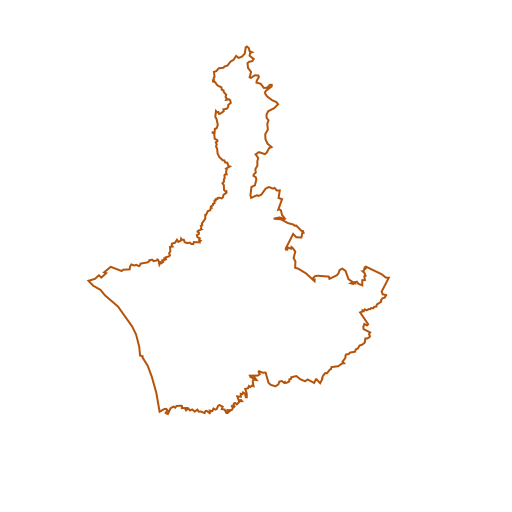 outline of Whanganui District, Manawatu-Wanganui, New Zealand, rotated 27°
{"feature_id": "76426892B60533113586032", "entity_name": "Whanganui District", "entity_type": "district", "adm_level": 2, "iso_a3": "NZL", "parent_name": "New Zealand", "parent_adm1": "Manawatu-Wanganui", "projection": "robinson", "projection_center": [175.119, -39.636], "detail": "fine", "context": "isolated", "style": "outline", "palette": "amber", "viewbox_px": 512, "rotation_deg": 27, "n_neighbors": 0, "source": "geoboundaries", "source_scale": "gbopen_adm2", "svg_char_len": 6136}
<svg xmlns="http://www.w3.org/2000/svg" viewBox="0 0 512 512"><g transform="rotate(27 256 256)"><path d="M158.6,151.8L162.5,156.6L162.9,160.2L161.6,161.3L163.2,165.1L161.3,165.4L161.4,165.9L163.0,165.7L166.0,170.3L168.8,170.3L169.5,171.2L168.6,172.9L170.4,174.5L170.6,176.5L172.8,178.2L175.2,182.1L178.4,184.5L182.9,185.8L184.4,185.2L186.1,186.7L188.0,185.9L190.6,188.3L192.0,188.1L189.6,191.8L190.6,192.2L191.2,194.8L192.8,196.6L191.5,197.2L191.2,198.4L192.8,200.9L192.5,202.3L193.7,204.3L193.1,206.4L195.1,207.4L197.5,211.6L199.6,212.3L200.2,211.7L201.0,213.1L199.2,216.3L199.9,218.5L199.3,220.2L196.6,220.8L195.5,221.7L195.8,222.6L194.3,223.6L194.9,224.9L193.9,225.5L195.1,227.8L194.0,228.9L194.6,230.1L193.5,232.0L194.4,233.1L193.6,233.2L194.5,236.0L192.7,237.9L192.8,241.9L192.1,242.4L193.9,245.9L193.0,251.6L194.0,252.8L193.2,254.2L194.2,254.9L194.6,257.1L195.3,257.1L193.0,259.8L192.9,260.9L194.5,261.1L195.1,262.2L193.8,264.3L195.3,265.8L197.9,265.8L198.0,267.6L199.7,267.6L199.1,269.0L199.6,269.5L194.3,271.8L194.7,273.8L192.9,274.7L191.1,274.1L188.6,275.8L186.2,276.1L184.3,274.3L182.7,275.2L181.5,274.6L182.1,276.3L180.4,278.7L178.2,277.4L177.9,280.9L175.5,283.1L176.2,285.1L177.3,285.5L175.3,286.9L177.5,290.6L177.4,293.1L179.0,294.4L178.8,295.6L176.0,298.4L177.1,299.6L175.6,300.0L176.4,300.9L174.5,302.4L176.0,303.3L174.9,305.6L173.7,305.6L173.8,307.5L172.9,306.5L173.2,305.1L172.5,305.5L170.7,304.0L169.9,303.9L170.1,304.6L167.0,307.1L165.2,306.4L162.9,308.2L163.3,309.1L162.3,310.9L156.6,315.2L156.9,317.0L156.3,318.2L153.4,318.2L151.7,319.8L148.8,320.1L148.6,322.6L149.5,325.3L143.9,328.5L143.1,330.4L131.5,331.6L128.1,339.5L130.3,339.3L128.0,345.4L124.8,344.5L122.8,349.6L118.0,354.1L124.5,356.4L132.9,356.8L139.2,359.6L156.0,363.7L177.6,375.0L184.8,380.4L193.1,389.8L197.9,397.3L201.2,396.6L200.5,397.2L200.9,397.9L209.1,402.8L217.9,410.8L229.4,423.3L240.8,438.5L243.7,434.1L245.4,432.9L247.1,433.7L246.8,436.8L249.2,436.8L249.0,430.4L250.9,427.6L252.9,427.8L253.3,425.7L257.4,423.3L258.2,423.4L259.0,425.2L262.9,423.1L262.9,424.8L263.7,425.3L264.8,422.6L267.3,423.6L268.8,421.7L272.1,422.4L273.5,419.5L275.6,420.7L277.4,419.6L281.5,419.3L281.3,417.2L282.3,416.4L286.1,417.1L286.3,416.2L285.0,414.8L287.5,413.9L287.4,411.2L289.5,411.3L290.4,410.4L290.3,406.6L291.1,405.4L294.7,405.4L295.0,407.9L297.9,407.1L300.7,409.3L301.9,408.9L302.8,406.6L300.8,407.0L300.5,406.3L304.2,404.4L304.5,402.9L304.2,401.8L301.9,400.3L304.8,400.8L305.2,399.9L303.3,398.2L303.4,397.2L304.2,396.4L306.3,396.9L307.6,392.6L309.4,391.7L308.2,391.1L306.1,392.4L303.0,389.6L306.4,388.3L305.0,385.7L306.6,385.3L306.4,383.4L308.9,383.7L311.1,386.5L311.9,386.1L310.1,382.6L306.7,379.4L308.9,377.5L308.7,375.1L310.4,375.4L311.2,373.3L312.9,373.1L310.0,369.3L309.8,367.3L312.8,366.3L309.6,364.7L309.1,365.0L309.8,366.0L309.1,366.3L306.0,366.3L304.9,365.4L311.9,361.7L313.0,359.5L310.9,358.1L311.0,357.3L315.1,356.9L317.5,355.5L324.6,363.2L327.4,364.1L332.5,363.3L334.2,360.3L333.8,357.3L335.8,355.7L338.1,356.1L338.9,355.3L339.3,356.1L341.1,354.8L342.6,352.6L341.7,350.8L343.0,349.5L342.5,348.0L346.4,344.7L351.6,345.7L356.6,345.3L358.1,342.6L365.4,342.7L365.4,338.6L366.0,338.4L370.9,340.2L370.9,335.1L370.3,334.8L370.1,332.2L370.9,328.8L372.4,328.4L373.4,323.7L374.2,322.7L373.7,320.7L379.3,316.9L381.5,312.6L383.1,311.6L381.1,310.8L381.9,306.1L380.9,304.0L381.1,302.6L383.1,301.4L383.6,299.4L387.7,296.3L387.3,293.9L388.8,292.1L388.9,288.8L391.0,286.6L392.2,283.8L390.9,279.8L392.3,279.2L394.0,276.8L393.9,275.7L392.2,274.4L392.4,272.3L385.1,272.3L383.8,270.5L383.4,267.4L386.4,267.5L386.9,265.9L374.4,259.0L376.0,257.2L375.6,256.1L377.1,256.2L377.1,254.2L379.2,254.2L380.8,251.9L382.0,251.4L382.2,250.2L384.3,249.2L384.4,247.6L386.2,246.4L385.7,244.3L388.3,240.0L387.5,238.6L387.9,236.2L389.5,234.9L389.7,232.2L390.5,231.5L386.3,232.6L384.1,230.7L384.2,215.1L381.4,216.3L376.3,215.2L358.7,215.6L358.3,216.3L359.5,216.6L359.2,217.8L358.3,218.0L358.9,220.6L358.0,221.2L360.4,221.9L362.6,223.8L361.7,224.8L363.9,228.0L361.7,229.3L364.0,233.9L359.6,234.3L357.7,233.1L355.9,234.4L356.6,235.2L355.0,235.3L354.8,236.2L355.6,235.9L355.6,236.7L352.8,237.3L353.6,236.3L353.2,235.2L349.0,234.7L342.5,228.6L338.6,228.1L336.9,230.6L337.4,234.0L336.7,236.6L331.8,243.0L330.2,241.3L319.5,245.8L317.7,247.3L316.7,250.5L317.7,251.3L319.0,250.4L319.6,251.9L308.5,248.8L299.5,248.1L296.2,248.7L293.6,243.0L290.4,240.7L289.0,234.2L285.0,232.2L283.5,231.9L283.9,233.6L280.4,234.0L281.0,236.2L279.8,236.7L279.1,235.9L279.1,219.5L283.4,221.0L288.1,218.9L286.8,214.6L287.9,213.8L286.5,212.4L285.3,213.0L277.8,210.6L276.8,211.5L275.2,211.0L269.4,212.2L261.5,212.0L254.8,214.7L259.7,210.8L264.4,210.4L264.9,209.6L260.7,207.7L257.4,204.0L255.5,203.8L254.8,204.6L253.4,193.5L249.8,194.1L247.4,186.8L244.7,188.2L241.7,186.9L240.6,188.2L236.2,188.7L234.0,191.6L232.9,198.9L230.9,201.4L229.3,201.4L225.3,206.4L223.5,204.4L220.6,196.6L222.9,193.5L221.6,187.7L220.2,186.0L217.3,185.7L217.0,184.3L217.9,181.8L216.0,178.9L216.2,174.9L214.1,170.8L213.5,167.7L209.5,165.6L211.5,162.1L217.7,161.2L218.6,159.1L218.7,153.9L220.4,151.9L215.3,150.7L211.4,147.6L208.9,143.2L209.2,138.1L206.0,133.0L205.6,129.5L202.8,128.1L201.2,125.4L201.1,121.5L205.1,116.0L206.8,110.7L204.2,109.6L199.8,109.9L193.6,108.8L190.6,107.3L189.7,106.0L189.9,104.1L193.0,97.8L192.3,96.4L190.7,97.1L189.5,101.1L186.6,102.7L182.0,100.4L177.7,101.3L177.1,99.5L177.3,95.2L176.2,94.1L172.8,95.6L170.7,99.6L169.2,99.7L168.1,94.3L163.5,92.0L160.9,88.1L161.6,86.2L164.2,84.1L164.5,81.5L159.4,80.5L158.5,77.7L159.9,76.3L157.1,76.3L155.4,74.1L152.8,73.5L152.1,74.7L154.1,80.9L153.0,84.7L150.6,87.4L147.5,86.7L146.9,91.5L145.1,94.2L144.1,99.3L141.9,101.5L141.5,103.1L137.6,105.6L136.7,109.3L134.9,111.0L137.7,115.1L137.4,116.5L138.5,118.2L137.8,118.9L138.6,120.1L140.1,119.5L144.3,121.5L148.6,121.4L150.0,123.4L151.9,123.2L152.8,124.5L156.3,125.9L156.7,128.2L158.5,129.0L158.5,130.4L160.9,128.6L162.3,129.0L164.0,131.0L162.7,134.0L163.5,135.7L163.1,138.1L160.4,140.1L161.5,141.7L159.5,145.5L158.4,146.2L157.1,144.8L156.1,145.6L154.5,145.0L156.5,150.4L158.6,151.8Z" fill="none" stroke="#b45309" stroke-width="2"/></g></svg>